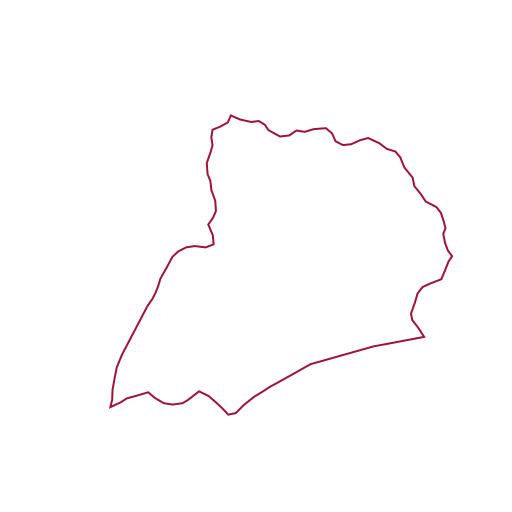 Severínia, São Paulo, Brazil, rotated 340°
{"feature_id": "56859067B63517445883281", "entity_name": "Severínia", "entity_type": "district", "adm_level": 2, "iso_a3": "BRA", "parent_name": "Brazil", "parent_adm1": "São Paulo", "projection": "albers", "projection_center": [-48.796, -20.784], "detail": "fine", "context": "isolated", "style": "outline", "palette": "rose", "viewbox_px": 512, "rotation_deg": 340, "n_neighbors": 0, "source": "geoboundaries", "source_scale": "gbopen_adm2", "svg_char_len": 1381}
<svg xmlns="http://www.w3.org/2000/svg" viewBox="0 0 512 512"><g transform="rotate(340 256 256)"><path d="M280.4,115.3L275.3,120.8L266.6,122.2L258.4,122.5L254.6,129.2L253.0,137.1L249.2,142.4L241.5,151.9L238.5,162.5L238.8,169.9L236.6,178.7L236.6,190.2L233.7,200.1L228.9,205.2L221.9,210.1L222.5,221.7L220.2,230.5L211.7,230.7L201.8,225.7L193.4,224.0L184.5,225.1L177.2,228.2L168.7,235.8L158.4,244.6L153.8,250.8L149.3,255.9L144.1,260.8L136.9,265.9L96.2,303.0L87.1,313.0L82.0,321.4L75.4,332.7L71.8,341.7L67.5,348.2L79.1,347.2L85.8,345.6L96.9,346.5L108.1,347.2L112.4,354.7L118.9,362.7L126.8,367.1L136.6,369.2L142.9,368.0L156.2,363.7L163.6,371.4L168.4,380.0L172.2,387.6L175.7,395.6L183.3,396.7L193.4,391.9L206.3,387.6L215.4,385.8L224.3,383.7L241.2,381.1L270.3,376.3L335.3,381.1L386.3,389.5L383.7,378.2L380.9,369.6L382.0,363.1L389.6,353.9L395.0,346.5L401.9,342.1L411.4,341.4L422.2,341.2L428.6,334.3L435.0,327.1L440.2,323.2L438.2,316.4L438.1,308.7L439.5,299.3L443.6,294.6L444.3,286.9L444.5,278.6L442.3,271.8L434.1,262.8L431.8,253.3L428.7,244.6L430.0,235.9L425.7,223.6L425.3,212.7L422.7,205.5L415.5,200.0L410.4,192.1L401.7,183.5L393.5,182.8L383.6,183.5L375.6,181.5L370.0,175.4L369.4,166.8L365.4,159.8L353.5,156.5L344.3,156.0L336.9,151.9L328.5,154.1L319.4,151.9L310.8,142.1L309.2,135.6L304.7,130.1L297.3,128.4L287.6,122.2L280.4,115.3Z" fill="none" stroke="#9f1239" stroke-width="2"/></g></svg>